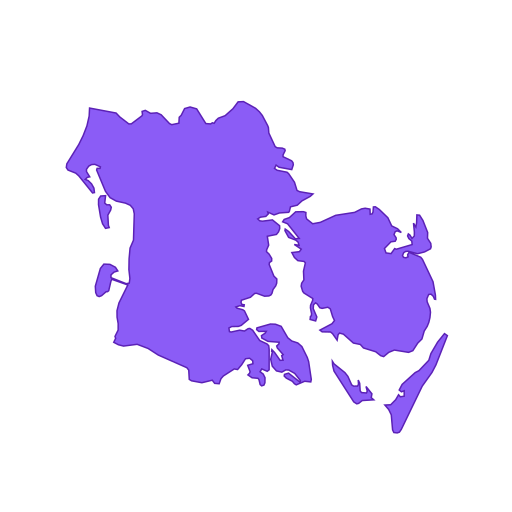 Syddanmark, Albers equal-area conic projection, rotated 10°
{"feature_id": "DNK-3417", "entity_name": "Syddanmark", "entity_type": "Region", "adm_level": 1, "iso_a3": "DNK", "parent_name": "Denmark", "parent_adm1": "", "projection": "albers", "projection_center": [9.703, 55.339], "detail": "fine", "context": "isolated", "style": "filled", "palette": "violet", "viewbox_px": 512, "rotation_deg": 10, "n_neighbors": 0, "source": "natural_earth", "source_scale": "10m", "svg_char_len": 6138}
<svg xmlns="http://www.w3.org/2000/svg" viewBox="0 0 512 512"><g transform="rotate(10 256 256)"><path d="M224.7,390.2L214.2,390.1L211.7,389.1L209.6,380.1L207.3,378.0L176.9,370.5L165.8,365.8L154.3,363.6L141.2,367.7L135.9,367.3L130.9,365.7L132.1,361.4L131.1,359.7L133.1,352.9L132.0,346.5L129.8,340.4L128.6,334.0L129.2,326.0L134.8,306.8L118.0,304.0L117.5,306.1L117.0,315.7L116.0,316.9L114.6,317.2L110.8,321.9L108.6,323.2L106.4,322.7L104.5,319.9L103.0,313.7L104.9,295.3L107.6,290.4L113.6,289.6L119.5,291.5L122.5,294.7L119.0,296.5L116.5,299.7L116.9,302.5L133.0,305.8L135.9,304.7L135.7,300.0L133.2,291.5L131.5,280.8L130.6,270.1L132.6,261.7L128.8,235.6L126.9,230.8L123.4,227.9L118.3,226.6L108.9,226.2L102.2,223.9L96.5,218.4L84.1,199.0L84.3,197.3L87.2,196.8L87.3,195.2L81.4,193.7L78.2,194.5L75.7,196.5L74.0,200.0L74.4,202.3L78.5,206.9L76.3,207.8L74.5,210.2L77.7,210.9L81.5,213.5L84.6,217.3L85.9,221.6L84.1,222.3L67.5,207.8L64.1,205.7L55.9,204.0L53.8,201.8L53.7,198.1L62.1,177.0L64.9,167.4L66.9,157.2L67.4,147.2L66.4,139.2L93.4,139.5L97.7,142.7L107.8,148.0L110.3,147.5L119.3,137.8L119.7,136.6L118.7,133.4L121.7,131.8L127.4,133.8L133.6,132.2L138.1,133.4L147.8,140.6L150.2,141.3L157.0,138.6L156.3,132.7L157.9,130.5L160.1,123.2L165.2,120.7L172.0,121.4L183.6,134.3L188.4,133.8L189.9,132.4L191.7,132.6L193.0,129.5L195.0,126.8L201.2,123.2L207.7,115.0L211.6,107.3L216.9,106.1L229.9,110.6L234.3,113.4L237.8,116.5L244.8,125.5L245.9,127.3L247.3,132.7L255.9,145.0L258.1,145.8L263.1,145.2L265.8,145.8L266.4,147.2L265.1,151.7L265.4,153.5L274.6,156.1L276.2,157.6L276.9,159.7L276.2,164.7L263.3,164.6L260.0,163.0L259.0,166.5L261.9,167.9L272.0,168.1L273.8,169.2L281.1,176.7L285.0,184.3L287.8,185.1L301.3,185.0L299.0,187.9L291.7,193.7L287.8,198.8L281.4,201.6L281.1,206.2L280.6,207.3L271.7,209.5L266.6,212.4L259.9,210.7L260.8,212.4L258.8,215.3L253.6,217.0L251.2,219.2L253.7,220.7L256.3,220.6L265.9,217.6L274.0,222.1L274.6,224.9L274.0,228.3L272.4,231.2L263.7,234.6L266.6,243.1L265.4,248.1L265.6,249.9L268.5,251.8L271.9,255.7L272.3,258.2L270.4,260.1L270.4,262.0L277.1,272.7L280.5,275.0L281.1,279.1L280.6,282.0L278.6,286.0L278.2,290.0L277.4,291.8L275.6,293.1L271.4,294.1L263.1,292.6L261.2,293.1L257.7,297.6L249.3,302.1L249.3,304.3L250.4,306.1L252.9,306.1L252.9,307.8L248.7,307.7L245.0,309.7L246.4,310.7L252.3,311.2L254.2,312.1L259.6,319.7L253.5,326.9L250.9,328.4L244.3,329.7L241.8,331.6L243.0,335.1L244.7,335.2L252.8,331.9L257.7,331.9L260.9,328.9L262.5,328.4L265.6,329.7L274.3,338.6L282.1,340.7L284.1,342.1L285.2,345.8L288.7,365.8L287.1,367.6L281.3,366.2L280.1,369.3L283.6,371.0L286.0,374.3L286.8,379.3L286.2,381.8L284.1,382.9L282.4,381.9L280.4,377.2L279.2,376.1L273.2,376.6L268.7,374.5L270.0,372.6L270.3,371.0L266.8,365.1L271.7,362.6L270.9,359.7L267.5,357.8L263.5,359.0L260.8,365.5L257.6,371.0L254.2,371.0L244.7,379.8L242.8,382.9L241.9,388.2L237.4,388.6L234.5,385.9L224.7,390.2ZM423.0,324.4L408.6,324.6L403.5,327.8L399.2,332.9L396.1,332.5L390.5,329.5L377.8,327.9L374.1,325.0L367.0,324.8L355.7,317.8L351.6,317.4L350.5,319.3L350.5,324.8L344.9,319.2L342.6,317.9L334.3,319.2L331.8,317.9L342.6,309.5L344.5,305.9L342.0,302.4L338.3,295.1L335.6,294.0L330.2,296.1L327.9,295.9L324.6,292.6L322.8,291.8L321.1,294.0L321.5,297.9L326.5,305.5L326.0,309.6L320.3,309.1L320.1,306.1L320.9,305.2L320.7,303.1L318.6,297.6L318.3,295.0L319.5,289.9L319.3,288.0L309.6,284.1L308.1,282.7L305.7,277.9L305.7,274.9L307.3,271.2L305.4,262.7L305.8,254.2L304.3,253.0L298.0,253.3L294.1,250.8L290.7,246.4L298.0,244.2L299.4,241.4L291.7,238.0L296.5,238.0L295.1,235.1L292.5,233.5L284.9,232.0L280.1,226.0L280.1,224.4L283.9,226.2L291.8,232.2L295.5,231.2L281.5,218.8L276.3,217.7L277.4,215.1L282.2,212.4L287.4,205.6L295.0,204.1L297.6,204.5L298.1,207.9L299.4,210.7L306.2,214.4L313.5,211.7L327.4,202.1L345.6,195.9L351.7,191.3L355.2,190.0L360.1,190.0L361.2,195.1L363.1,194.3L363.6,192.4L363.1,187.3L365.0,186.8L369.4,188.8L379.2,195.4L384.4,202.8L390.7,204.6L395.0,207.6L390.5,206.7L388.8,208.0L388.2,211.0L390.8,213.7L391.2,215.2L390.5,217.3L386.4,218.6L381.2,226.3L383.5,230.4L388.6,230.2L391.3,224.6L392.9,225.0L407.8,217.6L406.8,214.2L403.5,212.3L401.8,209.9L402.2,207.8L403.9,208.6L406.6,211.6L408.4,208.8L407.8,204.9L405.4,196.3L408.4,199.7L408.4,195.5L407.3,187.6L410.0,187.4L414.2,192.0L421.0,203.1L421.8,208.8L425.9,213.2L426.9,216.6L426.6,218.6L421.3,222.7L414.7,225.7L405.0,224.9L402.6,225.5L400.9,227.0L400.2,230.1L401.5,231.7L403.8,231.8L405.9,230.4L405.1,228.4L406.1,225.8L418.4,228.6L420.5,230.4L434.8,250.6L439.5,263.4L440.4,267.5L439.3,267.5L437.6,264.9L435.0,263.2L432.7,263.9L431.7,268.4L432.5,271.4L436.4,277.4L437.6,281.1L438.0,286.5L437.7,291.4L436.8,295.6L434.7,300.7L433.8,308.9L430.4,313.7L426.9,322.0L423.0,324.4ZM324.1,347.0L326.2,350.9L331.9,368.0L331.8,370.5L325.7,370.9L318.0,375.9L316.0,375.1L313.6,373.1L307.0,371.0L304.6,369.3L304.6,367.6L308.4,365.7L321.4,372.7L321.4,371.0L314.5,364.9L308.0,362.6L305.1,363.0L301.6,365.9L296.1,365.6L291.2,361.7L288.4,355.2L288.8,347.1L288.0,347.1L287.9,345.5L291.1,347.8L297.9,354.6L300.7,353.9L298.6,349.7L299.9,348.4L293.0,342.9L292.0,341.0L293.8,338.6L293.8,336.9L282.6,338.0L276.0,335.8L275.2,333.5L278.4,330.4L279.2,328.4L271.9,329.8L269.4,328.4L269.4,326.6L282.0,320.5L287.0,319.8L293.0,320.9L301.5,331.0L306.0,333.5L312.3,334.4L316.9,337.2L324.1,347.0ZM444.3,328.7L445.2,321.7L449.8,309.3L455.1,299.7L458.3,301.2L452.1,332.0L449.5,340.2L442.3,355.3L429.2,401.5L427.8,404.6L425.8,405.7L422.4,405.9L420.7,403.5L416.8,388.9L413.3,384.1L408.8,380.4L414.5,379.1L418.5,373.3L420.5,367.9L422.6,369.6L426.3,368.3L425.3,363.0L422.8,364.5L420.3,363.1L422.2,357.1L433.0,343.2L436.4,340.6L444.3,328.7ZM387.0,365.4L394.1,371.6L394.1,375.5L396.9,377.2L385.7,379.9L382.7,383.3L380.9,384.1L377.6,382.7L352.8,355.8L350.4,350.3L349.5,346.4L351.6,348.7L363.8,355.4L367.4,358.6L372.6,366.3L374.7,367.2L378.6,366.5L379.2,364.5L378.2,360.4L380.2,363.3L382.0,370.7L383.6,372.2L388.6,371.7L389.0,369.7L387.0,365.4ZM106.5,253.5L103.0,254.9L99.3,250.9L96.2,244.7L92.0,232.8L91.1,227.4L92.6,223.9L97.4,222.7L97.8,230.1L100.1,231.5L103.0,231.0L105.0,233.1L104.9,236.0L103.0,241.5L105.3,251.4L106.5,253.5Z" fill="#8b5cf6" stroke="#5b21b6" stroke-width="1.5"/></g></svg>